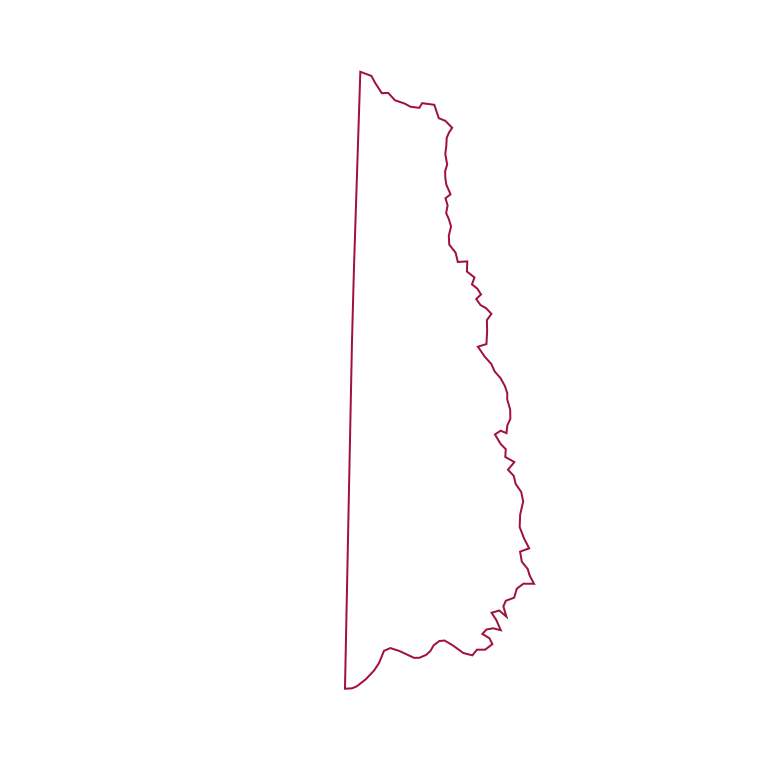 Jussara, Paraná, Brazil (Equal Earth projection), rotated 149°
{"feature_id": "56859067B52043203685138", "entity_name": "Jussara", "entity_type": "district", "adm_level": 2, "iso_a3": "BRA", "parent_name": "Brazil", "parent_adm1": "Paraná", "projection": "equal_earth", "projection_center": [-52.469, -23.656], "detail": "fine", "context": "isolated", "style": "outline", "palette": "rose", "viewbox_px": 768, "rotation_deg": 149, "n_neighbors": 0, "source": "geoboundaries", "source_scale": "gbopen_adm2", "svg_char_len": 1570}
<svg xmlns="http://www.w3.org/2000/svg" viewBox="0 0 768 768"><g transform="rotate(149 384 384)"><path d="M243.5,663.8L348.0,502.0L359.9,483.4L390.7,435.1L574.4,142.9L568.1,139.6L563.1,138.9L551.6,140.3L540.2,143.5L532.1,147.3L521.4,155.3L514.6,154.4L508.3,147.2L499.3,133.8L494.7,131.1L487.5,130.1L481.8,131.2L476.1,134.4L469.0,135.2L464.2,132.9L459.5,124.2L454.6,112.6L448.0,105.9L441.2,108.4L434.1,104.2L425.1,105.2L424.6,111.8L428.4,119.1L422.6,120.8L416.3,118.4L410.7,112.8L409.3,124.1L409.6,132.5L401.9,130.5L398.9,121.5L396.2,131.9L391.2,135.5L382.5,133.8L375.5,140.2L367.3,141.0L358.3,135.5L357.8,144.8L356.1,151.3L357.4,160.7L353.7,170.2L344.2,168.4L343.5,179.4L341.4,191.5L334.5,202.0L325.2,211.6L322.0,220.7L322.6,230.6L320.1,238.3L321.9,246.7L312.5,249.9L317.6,259.0L313.2,265.4L314.9,272.5L314.9,283.6L308.1,283.9L304.3,278.8L299.6,285.0L293.7,289.0L289.0,297.1L286.3,307.4L283.1,312.5L281.4,320.1L281.1,329.3L282.7,337.6L281.7,346.0L283.6,355.5L284.3,367.6L275.6,365.5L268.3,376.3L262.9,385.8L255.8,388.8L257.5,396.5L260.6,401.9L261.2,409.3L254.7,410.8L254.9,417.7L257.3,424.1L251.6,428.7L255.0,437.7L249.5,446.2L257.9,450.6L255.0,459.6L256.3,469.8L252.1,477.7L245.4,484.5L243.5,491.9L242.7,498.5L237.5,504.3L235.6,511.6L229.3,512.3L227.9,522.8L225.3,529.1L222.0,534.9L216.8,539.6L213.0,549.6L208.1,555.8L203.4,562.8L198.7,566.1L193.6,568.5L195.9,578.0L200.1,583.6L197.1,597.4L206.7,605.1L211.4,602.5L218.4,607.9L222.0,613.9L228.5,621.6L230.5,631.4L236.1,634.4L236.5,647.1L236.1,654.5L243.5,663.8Z" fill="none" stroke="#9f1239" stroke-width="2"/></g></svg>